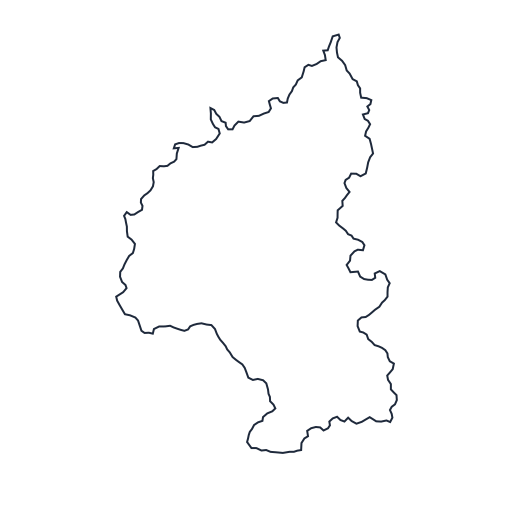 outline of Alto Rio Doce, Minas Gerais, Brazil, rotated 78°
{"feature_id": "56859067B36714206475136", "entity_name": "Alto Rio Doce", "entity_type": "district", "adm_level": 2, "iso_a3": "BRA", "parent_name": "Brazil", "parent_adm1": "Minas Gerais", "projection": "mercator", "projection_center": [-43.404, -21.048], "detail": "fine", "context": "isolated", "style": "outline", "palette": "slate", "viewbox_px": 512, "rotation_deg": 78, "n_neighbors": 0, "source": "geoboundaries", "source_scale": "gbopen_adm2", "svg_char_len": 4134}
<svg xmlns="http://www.w3.org/2000/svg" viewBox="0 0 512 512"><g transform="rotate(78 256 256)"><path d="M183.1,123.8L180.1,120.2L175.5,120.2L170.4,120.2L165.0,120.5L161.1,124.3L157.0,122.4L154.0,119.5L150.8,117.0L147.0,118.4L144.6,121.2L139.8,122.0L139.6,116.8L136.8,114.9L132.9,116.0L131.2,112.5L127.5,110.8L124.6,114.9L123.0,120.2L118.0,120.2L113.7,119.3L110.1,120.8L106.1,121.1L103.1,124.7L97.0,126.5L93.4,128.7L87.8,129.1L83.0,131.2L78.7,134.5L73.8,134.5L68.7,133.9L63.7,131.8L60.1,128.7L56.6,129.1L57.1,135.3L62.5,138.5L66.3,141.1L69.7,143.1L69.1,147.5L73.8,146.8L78.9,147.1L78.9,152.2L80.8,156.8L81.7,161.8L79.9,165.0L81.5,169.2L85.3,171.0L90.8,174.1L92.9,178.7L96.6,181.4L98.8,184.5L102.2,186.6L105.0,189.7L108.6,192.2L112.3,193.8L111.9,197.4L109.7,200.5L106.0,201.8L105.4,206.9L107.2,211.2L110.9,211.0L114.7,210.7L117.8,213.7L118.3,218.7L119.5,224.0L118.8,229.4L122.7,234.1L123.0,239.9L120.9,245.3L123.9,249.9L127.2,252.6L126.3,256.9L122.7,258.4L119.3,258.0L116.9,261.7L112.3,262.8L108.7,265.3L104.5,266.5L101.8,269.8L107.2,270.5L113.0,271.8L117.8,270.7L121.6,269.3L123.9,266.3L128.6,266.0L133.3,270.7L135.8,275.3L134.2,279.2L136.5,283.2L136.6,287.1L137.0,290.7L136.3,295.3L132.9,299.0L130.5,303.5L129.5,307.8L130.0,311.9L133.6,314.0L134.2,309.2L139.2,312.1L144.7,313.7L146.7,316.5L147.6,320.4L149.4,323.9L149.1,327.5L148.0,331.5L150.3,335.2L151.5,338.9L155.2,339.6L158.4,340.7L162.5,340.7L166.4,342.3L169.9,345.6L172.0,349.1L173.5,352.7L176.4,356.6L179.8,357.5L183.4,356.6L187.1,357.9L188.5,362.3L190.1,366.4L189.7,370.1L186.2,373.3L189.3,376.7L192.7,376.1L196.3,376.2L200.4,376.2L204.9,377.1L210.4,377.5L214.1,374.3L219.0,371.9L223.7,373.7L227.5,375.8L229.5,380.0L233.1,383.3L236.9,386.4L240.5,388.8L243.3,392.1L248.0,393.3L253.6,392.4L257.2,389.7L260.5,389.3L263.8,393.5L265.2,397.2L266.7,401.2L270.8,401.1L275.7,399.6L281.2,397.8L285.7,396.3L287.8,391.6L291.1,386.8L294.6,384.8L299.9,384.2L305.3,383.6L308.1,381.0L308.8,376.7L310.5,373.1L306.2,371.0L304.8,365.4L306.0,359.5L306.4,354.5L308.7,351.5L310.9,347.9L312.7,344.8L314.3,341.6L313.7,337.7L311.1,335.0L310.4,331.4L310.2,327.7L310.5,323.3L312.8,318.5L314.3,314.0L318.9,311.3L324.0,310.5L327.2,309.6L330.5,308.4L334.2,306.3L338.0,304.4L341.4,303.6L344.8,301.7L350.0,299.9L353.4,297.2L356.1,294.8L359.2,291.9L363.1,290.3L367.5,289.6L373.4,288.8L376.6,284.8L376.6,279.8L379.0,274.9L382.7,272.4L389.0,272.0L393.4,272.4L396.7,271.7L401.0,272.4L405.0,269.8L409.1,268.8L411.3,272.3L412.3,277.7L415.0,282.6L418.6,284.0L419.1,288.5L420.9,293.0L424.4,295.9L426.7,298.6L429.6,300.3L432.8,301.7L436.1,303.4L439.5,301.9L442.9,300.4L444.0,295.5L447.4,291.1L447.9,286.4L450.6,282.5L452.2,277.1L454.2,270.7L454.5,263.9L455.4,259.6L455.0,256.1L455.2,252.2L448.4,250.4L444.5,246.6L443.1,242.6L437.7,242.3L435.9,237.8L435.7,233.0L437.0,228.9L440.7,226.2L439.5,221.4L437.0,218.9L433.2,218.7L430.8,214.7L430.1,210.1L434.0,207.5L436.3,203.9L433.3,199.5L437.3,196.8L440.9,192.6L440.2,187.0L438.7,182.6L437.3,178.3L440.3,175.2L442.7,172.8L444.0,168.0L444.0,162.6L446.3,159.3L442.5,156.2L438.6,156.1L434.5,157.0L431.7,154.6L430.0,150.9L426.2,148.2L421.3,147.5L418.3,149.5L414.5,151.8L409.3,150.7L404.6,152.6L400.2,152.5L398.0,149.5L395.1,145.8L389.9,143.5L386.8,147.0L382.3,148.1L378.6,147.7L375.0,149.1L372.0,151.9L369.8,154.9L367.8,158.5L364.1,160.6L360.6,163.5L355.9,164.1L353.1,167.0L351.5,170.2L345.7,171.2L340.3,169.8L338.0,165.6L338.5,161.4L337.1,157.7L335.4,154.5L333.3,150.7L331.3,145.9L327.8,142.4L326.0,139.3L323.1,135.8L318.8,134.9L314.1,133.6L310.4,130.9L306.5,132.6L300.9,133.3L296.5,138.1L297.8,143.5L302.1,143.9L303.5,147.6L302.5,151.4L301.0,155.1L297.8,158.4L292.4,159.5L291.5,167.0L287.2,168.1L283.6,169.2L280.1,165.0L275.3,163.5L271.9,158.7L271.0,155.1L272.6,150.2L268.0,147.7L264.4,149.1L261.3,152.8L259.3,157.0L255.9,158.3L253.8,161.4L250.0,162.9L247.3,165.0L243.5,168.3L239.8,170.7L235.6,168.3L231.6,167.4L228.3,166.6L225.0,160.8L220.0,160.1L217.8,157.0L215.3,154.3L212.8,151.2L208.3,153.5L203.1,154.3L200.2,152.5L198.8,148.7L195.2,145.8L196.4,140.8L199.7,137.2L198.1,131.5L192.7,128.9L187.7,126.8L183.1,123.8Z" fill="none" stroke="#1e293b" stroke-width="2"/></g></svg>